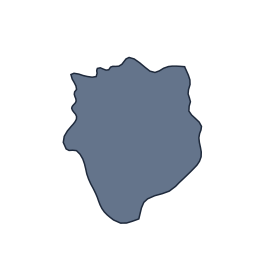 SVG path tracing the border of Aguascalientes, rotated 306°
{"feature_id": "MEX-2717", "entity_name": "Aguascalientes", "entity_type": "State", "adm_level": 1, "iso_a3": "MEX", "parent_name": "Mexico", "parent_adm1": "", "projection": "natural_earth1", "projection_center": [-102.327, 22.067], "detail": "fine", "context": "isolated", "style": "filled", "palette": "slate", "viewbox_px": 256, "rotation_deg": 306, "n_neighbors": 0, "source": "natural_earth", "source_scale": "10m", "svg_char_len": 1625}
<svg xmlns="http://www.w3.org/2000/svg" viewBox="0 0 256 256"><g transform="rotate(306 128 128)"><path d="M210.9,137.8L210.5,138.4L210.1,139.0L209.7,139.7L209.4,140.3L206.2,145.8L203.3,149.8L199.7,152.6L194.4,154.5L190.9,156.6L188.5,159.9L185.9,163.1L181.5,164.7L177.5,167.3L175.9,171.8L175.3,177.0L174.6,182.1L172.5,186.5L169.3,188.2L165.6,189.2L161.7,191.1L158.1,194.4L154.9,198.0L151.6,201.4L147.6,204.1L143.1,205.4L138.6,205.6L134.0,205.0L129.3,204.3L124.2,203.4L119.1,202.5L113.9,201.5L108.8,200.8L101.2,198.5L95.0,194.3L88.9,189.4L82.2,185.5L77.1,184.5L71.4,185.8L65.8,188.1L60.8,190.2L55.2,186.4L50.3,182.7L46.7,177.9L45.1,170.4L45.2,166.2L45.5,162.1L46.2,158.1L47.5,154.3L49.4,150.6L51.6,147.2L53.9,143.9L56.0,140.4L58.5,135.7L60.9,130.7L63.6,126.0L66.6,121.7L70.0,117.9L73.4,113.9L76.4,109.6L78.6,104.6L79.4,99.6L77.5,96.3L75.2,93.5L74.7,90.3L78.3,84.1L83.8,81.3L90.0,80.7L95.9,81.1L98.6,81.4L101.8,81.5L104.8,81.1L107.1,79.6L108.3,77.5L108.9,75.1L109.6,72.8L110.8,70.9L111.3,70.7L111.8,70.4L112.4,70.3L113.0,70.2L114.6,70.3L116.2,70.5L117.7,70.6L119.3,70.2L121.0,68.6L122.3,66.5L123.7,64.7L125.8,63.6L129.0,63.7L131.4,61.2L133.3,57.5L134.8,54.1L137.7,50.4L140.5,52.1L142.7,56.5L144.1,60.9L145.7,64.7L148.0,69.1L150.9,72.0L154.2,70.8L155.1,69.8L156.0,69.0L157.1,68.5L158.2,68.2L160.4,70.2L161.1,73.2L161.9,76.2L163.8,78.2L167.0,78.1L168.9,79.4L170.5,81.7L172.6,84.2L175.9,85.6L179.3,85.7L182.7,85.8L185.7,87.4L187.5,92.4L187.6,99.2L187.1,106.3L186.9,112.3L188.8,117.2L192.7,119.8L197.3,121.7L201.5,124.6L204.2,127.6L206.5,130.8L208.7,134.2L210.9,137.8Z" fill="#64748b" stroke="#1e293b" stroke-width="1.5"/></g></svg>